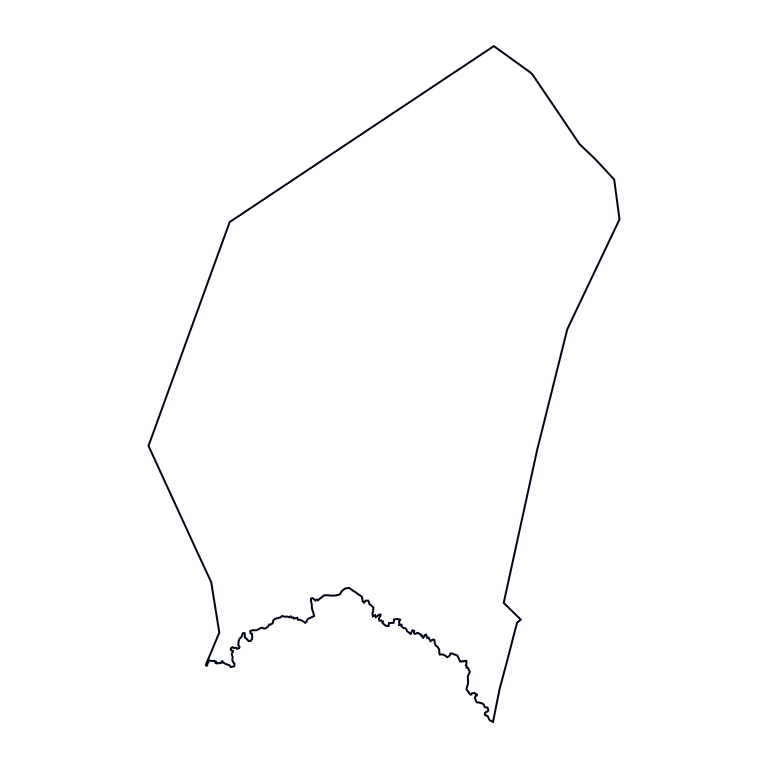 the district of San Miguel Tenango, Oaxaca, Mexico
{"feature_id": "50627088B60096120896365", "entity_name": "San Miguel Tenango", "entity_type": "district", "adm_level": 2, "iso_a3": "MEX", "parent_name": "Mexico", "parent_adm1": "Oaxaca", "projection": "natural_earth1", "projection_center": [-95.556, 16.228], "detail": "fine", "context": "isolated", "style": "outline", "palette": "ink", "viewbox_px": 768, "rotation_deg": 0, "n_neighbors": 0, "source": "geoboundaries", "source_scale": "gbopen_adm2", "svg_char_len": 3866}
<svg xmlns="http://www.w3.org/2000/svg" viewBox="0 0 768 768"><path d="M205.8,664.9L206.3,665.7L207.2,665.5L207.4,663.7L207.7,663.1L208.5,662.4L208.1,661.1L209.8,660.5L211.0,660.8L213.3,661.1L214.3,660.8L214.8,661.5L216.0,661.6L216.2,662.1L215.6,662.4L215.6,663.0L217.0,663.4L217.2,662.9L219.1,663.3L221.6,662.7L221.5,661.7L222.3,661.2L223.0,661.9L223.5,662.7L225.7,664.0L227.4,664.5L229.8,665.5L230.7,667.0L232.8,666.6L233.8,666.5L234.4,665.6L234.5,663.6L233.4,662.5L232.4,660.6L232.4,659.1L232.7,657.0L231.7,654.1L232.2,652.8L232.8,652.3L232.9,650.9L230.9,650.2L230.8,648.6L231.5,647.8L232.5,647.2L233.8,648.0L235.3,647.8L236.6,647.9L237.1,648.8L239.2,648.1L239.5,646.8L238.8,645.7L238.3,645.2L238.6,641.6L239.3,639.1L241.6,636.6L242.1,635.2L242.7,633.5L244.0,632.9L244.8,633.4L244.8,634.6L244.8,635.9L244.8,637.1L246.4,638.7L248.7,641.1L250.7,640.9L252.1,639.0L252.2,636.9L251.9,633.6L250.5,633.2L250.1,631.2L251.6,630.6L253.3,630.1L255.1,630.3L256.6,630.2L258.2,629.4L260.5,628.1L262.4,627.6L262.9,628.1L263.9,628.5L265.6,628.4L268.0,626.6L269.1,624.5L269.4,624.5L270.1,624.8L272.6,623.3L273.4,620.2L275.0,618.9L278.3,617.9L280.0,617.6L282.1,616.0L284.7,616.7L287.4,616.6L289.5,617.3L290.7,616.4L291.7,617.6L293.3,617.4L293.8,618.5L297.3,617.8L297.9,619.8L300.4,619.9L301.9,620.7L302.7,621.1L304.1,622.0L305.1,622.8L306.6,621.8L306.8,620.5L308.1,618.8L314.1,616.1L313.5,613.2L312.6,610.8L311.8,607.7L311.8,604.7L311.0,600.8L311.0,598.7L312.3,598.1L313.4,598.7L315.3,600.6L316.7,599.5L317.3,600.0L317.9,600.4L319.6,598.8L321.8,597.3L323.7,595.5L325.9,595.2L329.1,595.4L331.0,595.6L332.8,595.6L335.2,595.5L337.0,595.1L338.7,594.9L340.6,593.5L341.2,591.8L343.9,589.3L345.6,588.4L349.0,587.9L352.9,590.6L355.7,592.3L357.8,594.0L359.5,595.0L361.9,596.7L362.7,601.4L364.1,602.6L365.5,600.7L368.2,600.7L368.8,601.9L369.5,604.2L371.3,605.5L373.4,607.6L373.2,609.4L373.0,612.1L372.4,613.0L372.9,616.3L375.1,615.2L375.8,617.1L379.0,614.7L380.5,614.6L380.4,616.1L378.7,618.6L379.5,620.7L381.2,620.4L381.7,621.4L382.9,621.5L382.5,622.9L384.1,624.4L385.8,625.8L388.5,626.0L389.0,623.0L391.5,622.9L393.6,622.8L394.1,619.4L397.6,619.0L400.1,619.7L399.0,621.9L399.5,623.1L399.1,625.0L401.5,624.8L401.4,626.3L402.6,627.1L403.6,628.2L405.1,628.1L406.3,629.2L406.9,630.9L408.1,632.0L410.7,633.9L412.5,630.3L414.2,630.8L414.0,633.2L415.1,634.0L417.5,632.8L421.2,634.6L421.0,635.5L422.3,635.9L422.6,637.5L423.3,637.8L425.0,635.0L426.1,634.6L427.2,637.9L428.6,637.6L429.4,639.2L430.5,641.2L432.2,640.0L433.5,639.5L434.4,640.0L434.8,643.3L435.7,645.5L437.5,646.8L439.2,649.4L439.3,651.3L439.3,653.4L439.9,654.6L441.2,654.4L443.0,654.6L444.8,655.3L445.9,656.1L446.9,657.2L448.6,656.6L450.0,655.2L450.4,653.5L452.1,653.5L453.1,653.9L454.6,654.6L456.5,655.1L457.5,655.9L458.7,658.4L459.5,660.1L460.1,661.5L461.5,661.6L462.5,661.0L463.7,661.4L464.8,660.9L466.3,660.9L466.3,664.2L465.8,665.4L466.8,666.4L466.5,667.6L467.9,667.9L469.8,671.9L467.8,676.4L468.1,681.8L467.9,684.2L467.1,686.6L466.6,688.5L466.5,689.1L467.0,690.0L468.8,692.6L470.4,694.5L471.4,694.5L472.2,693.1L473.5,693.0L474.6,693.0L475.5,694.1L476.4,694.1L477.0,694.5L476.7,695.6L475.7,696.0L475.1,696.9L475.0,698.0L475.5,699.3L476.0,701.2L477.0,702.4L479.3,702.6L482.2,703.4L483.9,704.7L484.3,706.2L484.7,707.1L486.0,707.3L487.1,707.6L487.6,707.9L488.0,709.2L488.3,710.3L487.7,711.4L486.6,711.8L485.5,712.5L484.9,713.1L484.8,713.9L485.1,715.0L485.7,715.2L486.9,715.7L488.0,716.5L488.3,717.4L488.8,718.7L489.4,719.7L490.4,720.8L491.0,720.8L493.0,721.9L499.5,689.4L508.1,657.3L514.1,633.9L516.4,625.4L516.9,622.9L520.8,619.6L503.7,602.9L537.0,450.6L567.3,329.2L576.5,309.8L619.5,219.4L614.2,179.5L595.7,159.6L579.4,144.0L558.9,113.5L532.5,74.6L531.4,73.5L531.2,73.4L530.8,72.8L493.8,46.1L387.6,116.8L229.7,222.0L148.5,445.9L197.4,552.4L211.2,582.1L219.3,632.6L205.8,664.9Z" fill="none" stroke="#020617" stroke-width="2"/></svg>